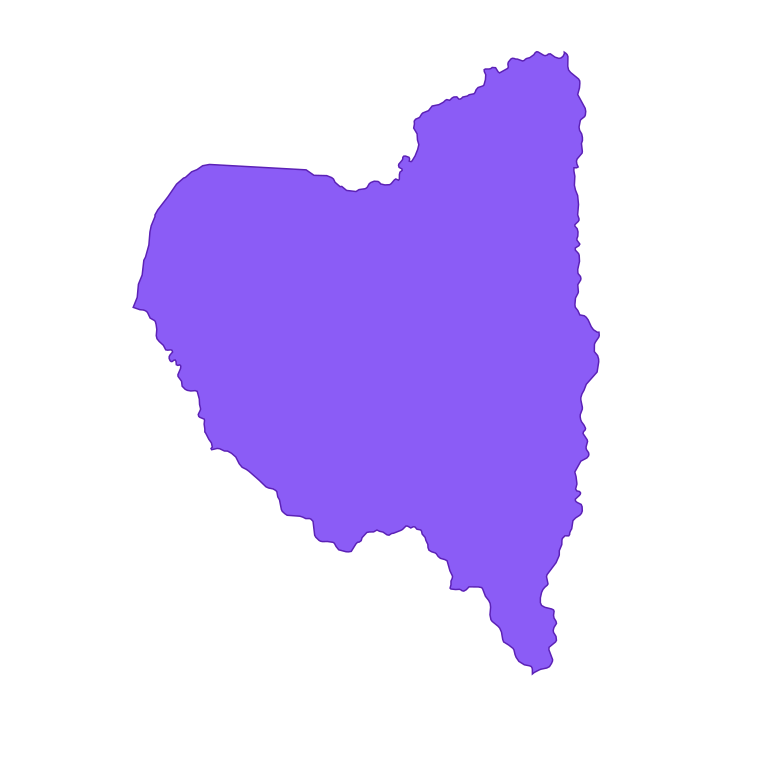 outline of San Martín Jilotepeque, Chimaltenango, Guatemala, rotated 82°
{"feature_id": "79465075B81292522353259", "entity_name": "San Martín Jilotepeque", "entity_type": "district", "adm_level": 2, "iso_a3": "GTM", "parent_name": "Guatemala", "parent_adm1": "Chimaltenango", "projection": "albers", "projection_center": [-90.767, 14.829], "detail": "fine", "context": "isolated", "style": "filled", "palette": "violet", "viewbox_px": 768, "rotation_deg": 82, "n_neighbors": 0, "source": "geoboundaries", "source_scale": "gbopen_adm2", "svg_char_len": 6125}
<svg xmlns="http://www.w3.org/2000/svg" viewBox="0 0 768 768"><g transform="rotate(82 384 384)"><path d="M406.6,568.1L407.6,567.5L414.5,565.1L418.3,563.1L422.6,562.8L423.8,564.3L425.1,563.8L424.6,558.2L425.2,555.8L428.1,551.4L428.7,548.2L431.4,544.6L435.7,540.9L442.8,538.5L446.7,536.1L449.4,532.2L451.5,530.0L461.7,521.2L469.4,515.2L470.9,512.8L472.5,508.4L474.4,506.0L475.8,505.1L481.0,504.9L484.2,503.6L494.0,503.1L495.9,502.5L498.5,500.4L500.5,498.2L503.2,485.7L504.5,483.0L506.4,480.2L506.9,476.4L507.6,475.2L510.1,473.4L524.1,473.7L526.2,472.9L529.8,470.1L530.8,468.8L531.5,466.9L532.1,461.9L533.7,456.5L534.8,455.3L538.2,454.1L541.9,451.9L544.8,445.0L545.3,442.5L545.2,439.7L538.5,434.1L537.1,432.3L537.1,430.6L536.0,428.4L533.1,427.1L528.6,421.6L528.5,419.1L529.0,414.8L527.6,411.3L529.2,409.0L530.5,405.6L533.8,402.0L534.4,400.0L533.1,397.3L533.1,395.3L531.3,387.7L530.6,385.9L527.7,382.0L528.1,380.3L530.3,377.5L529.4,374.9L529.8,373.3L532.4,371.6L533.6,368.0L535.0,367.3L537.9,367.1L541.7,364.6L544.6,364.3L549.0,362.9L552.1,363.2L554.8,362.6L556.7,360.3L558.4,356.8L559.4,355.8L562.3,354.4L564.5,352.4L566.4,348.1L567.9,346.1L578.2,344.7L583.8,342.9L585.8,343.4L588.5,345.1L592.1,345.6L595.3,347.0L596.3,346.3L597.5,341.7L597.8,337.9L598.4,336.7L599.6,335.5L600.2,333.8L599.2,331.2L596.7,328.0L598.1,318.8L599.2,315.6L600.8,314.8L608.3,313.1L613.0,310.4L616.1,309.4L619.9,309.5L627.3,311.2L632.3,310.9L634.2,309.9L639.7,304.8L641.8,303.4L646.0,302.2L653.5,302.0L656.1,301.4L659.8,296.9L663.8,293.0L665.5,292.3L670.1,291.9L673.1,291.2L677.5,289.0L681.6,284.1L683.3,279.2L684.2,277.6L685.7,276.9L687.3,276.8L691.8,277.4L690.6,275.4L688.8,270.3L688.3,268.5L687.9,262.3L686.9,259.5L684.0,257.0L681.8,255.7L680.3,255.4L670.1,257.7L667.7,257.2L663.3,250.0L661.8,248.9L657.9,248.8L653.6,250.7L651.5,250.7L648.8,249.6L645.1,246.5L642.9,246.7L639.4,248.2L636.7,248.3L632.7,247.2L631.3,247.6L630.1,249.3L627.5,255.8L625.2,258.8L622.3,259.6L617.5,258.9L612.2,256.9L609.6,255.2L607.7,253.1L605.9,250.3L604.8,249.4L597.4,249.9L595.5,249.1L584.9,238.5L578.9,234.8L577.6,234.2L573.4,233.6L567.8,230.3L563.3,229.5L561.8,228.9L559.5,225.9L560.1,222.2L558.8,221.1L557.2,220.8L554.9,219.4L553.6,218.3L545.6,215.9L543.3,212.9L541.1,208.2L539.6,206.5L537.3,205.3L533.1,204.9L530.7,205.5L528.3,209.0L527.3,210.1L526.1,210.7L524.6,210.5L521.5,206.0L520.5,205.0L519.3,204.5L517.7,205.3L516.7,207.9L514.7,208.9L510.0,206.9L508.5,206.8L502.4,206.7L497.7,207.3L487.8,199.8L485.4,193.3L483.6,191.4L482.1,190.9L480.4,191.0L477.2,192.6L475.6,192.8L474.3,192.6L469.2,190.4L467.4,190.6L460.8,193.8L459.0,193.1L457.4,191.1L456.0,190.6L452.7,191.6L449.0,193.6L446.8,194.2L443.7,194.3L441.6,193.9L436.5,191.1L434.6,190.8L427.1,191.3L424.9,191.0L421.3,189.3L418.0,186.8L412.4,183.7L401.8,171.3L392.0,168.3L389.2,168.0L385.6,168.5L381.2,171.2L375.3,170.3L373.7,170.0L371.9,168.8L367.5,164.8L365.9,164.1L362.6,163.9L362.4,165.6L359.4,169.0L356.1,170.8L349.0,172.9L346.0,174.5L344.3,176.2L342.8,180.5L338.3,181.8L334.6,183.9L332.0,183.9L325.5,182.4L321.0,179.2L319.8,178.7L312.7,178.3L308.3,174.7L306.8,174.3L304.8,174.5L301.7,176.4L300.5,176.5L297.5,176.2L289.7,173.3L283.7,172.8L281.9,173.2L278.0,175.9L275.9,175.6L274.2,171.8L272.7,170.6L268.4,172.9L267.0,172.8L264.6,171.5L260.3,170.7L257.1,171.1L254.2,173.0L252.8,172.8L250.0,169.0L248.9,168.1L247.4,167.9L243.4,168.7L233.4,166.4L224.3,166.0L218.6,167.4L213.7,167.8L204.8,166.1L199.2,166.3L196.3,165.8L196.7,163.1L196.1,161.5L193.0,162.4L190.0,162.4L188.0,161.4L182.9,155.7L181.2,155.2L173.3,155.0L170.5,153.6L167.5,153.2L164.0,153.4L160.0,155.0L156.7,155.1L150.3,152.9L149.4,152.0L147.1,148.1L145.7,147.2L142.2,146.3L139.0,146.4L124.3,151.9L118.0,149.2L113.5,148.2L111.1,148.0L109.0,148.9L101.4,155.9L98.7,157.5L95.0,157.8L85.4,156.3L83.3,156.8L81.9,157.8L80.5,159.3L82.2,159.5L84.5,161.2L85.8,163.5L85.9,165.5L84.1,169.2L80.2,173.3L80.1,175.3L81.0,176.6L81.3,178.8L80.7,180.1L76.7,185.1L76.2,186.4L76.8,188.0L78.8,189.8L81.1,194.2L81.5,197.4L82.0,198.7L83.1,200.1L83.4,201.8L80.8,206.7L80.5,208.5L79.7,209.9L79.3,211.6L79.8,213.1L82.6,216.1L84.4,216.8L87.6,216.8L88.7,217.7L92.0,226.3L90.8,227.5L86.3,229.5L85.6,232.8L86.5,234.3L86.7,235.9L86.2,239.9L86.7,241.1L88.6,241.2L91.9,240.2L96.7,241.2L101.8,243.4L102.6,244.6L103.5,249.6L105.4,251.8L108.0,253.3L109.1,254.5L109.4,259.4L110.4,261.3L110.8,266.1L112.0,267.6L112.5,269.1L112.2,270.3L109.8,271.9L109.5,274.8L110.1,276.6L112.2,279.5L111.1,282.2L111.6,283.7L113.2,285.9L115.0,290.7L115.4,297.6L119.5,301.9L121.0,307.9L122.0,309.2L124.6,311.3L125.2,312.3L126.2,315.9L127.9,317.5L130.8,317.7L134.7,319.0L140.9,316.4L147.0,316.9L151.8,316.2L156.4,318.0L162.5,321.5L167.0,325.2L167.6,326.3L166.8,328.0L164.6,327.3L163.0,327.7L161.3,330.9L161.1,332.7L162.1,333.8L163.9,334.2L164.9,334.9L168.4,338.8L169.7,339.2L171.6,338.9L173.6,336.3L175.0,336.3L176.4,338.7L178.7,339.6L183.3,340.3L184.2,341.3L182.6,343.8L183.4,345.4L186.6,349.0L187.4,350.6L187.0,355.4L185.4,359.5L183.8,360.4L182.6,361.7L181.8,365.5L182.6,368.9L183.6,370.7L186.8,373.2L187.5,374.2L188.0,375.6L188.0,381.7L189.5,384.9L187.1,394.1L182.5,398.3L182.4,400.1L177.4,404.4L174.0,405.5L172.3,407.1L169.7,411.7L167.6,424.3L161.1,431.3L142.3,526.3L142.6,533.2L145.7,539.4L147.1,545.0L151.8,551.9L152.2,553.9L157.2,561.6L168.6,572.0L180.0,583.7L184.7,587.3L186.2,587.4L194.9,592.5L200.8,594.6L213.6,597.5L225.1,602.5L228.0,604.6L242.4,608.3L251.0,613.3L263.8,616.3L273.2,621.7L276.4,615.5L277.2,612.1L278.1,610.3L279.3,608.9L280.7,608.1L286.2,606.4L289.1,602.6L290.2,601.8L293.3,601.4L298.3,601.4L304.5,602.8L307.6,602.5L310.6,600.7L315.0,597.1L319.8,595.4L320.4,593.5L320.5,590.5L321.1,589.3L322.9,588.9L325.3,591.7L326.9,592.9L328.8,593.2L331.1,592.6L332.2,591.6L332.2,590.3L331.3,589.1L331.1,587.5L332.7,586.8L336.0,587.0L336.9,585.5L336.6,583.6L338.0,582.7L340.3,583.3L346.1,586.8L347.8,586.9L353.1,584.1L358.1,584.2L361.5,581.7L362.9,579.7L364.0,576.3L364.3,571.9L365.3,570.0L373.2,569.0L378.7,569.5L382.6,569.1L383.9,569.3L388.3,572.2L390.2,572.0L391.3,571.1L393.8,566.9L395.0,566.8L398.7,567.7L403.7,567.7L406.6,568.1Z" fill="#8b5cf6" stroke="#5b21b6" stroke-width="1.5"/></g></svg>